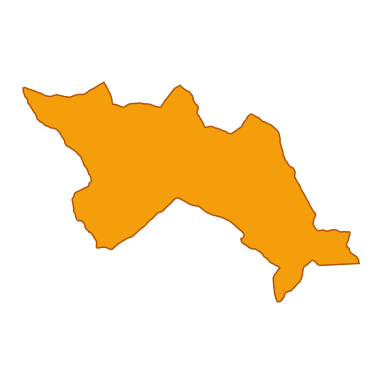 outline of Mumias West, Western, Kenya, rotated 87°
{"feature_id": "3690345B19078543384145", "entity_name": "Mumias West", "entity_type": "district", "adm_level": 2, "iso_a3": "KEN", "parent_name": "Kenya", "parent_adm1": "Western", "projection": "orthographic", "projection_center": [34.444, 0.279], "detail": "fine", "context": "isolated", "style": "filled", "palette": "amber", "viewbox_px": 384, "rotation_deg": 87, "n_neighbors": 0, "source": "geoboundaries", "source_scale": "gbopen_adm2", "svg_char_len": 5978}
<svg xmlns="http://www.w3.org/2000/svg" viewBox="0 0 384 384"><g transform="rotate(87 192 192)"><path d="M243.1,145.3L245.2,144.6L246.8,142.7L247.9,140.9L249.2,139.3L250.5,137.8L251.4,136.2L252.2,134.2L251.9,132.3L252.9,130.7L254.3,128.8L255.1,127.5L256.0,126.5L257.3,125.3L259.0,124.1L260.2,123.5L261.3,122.3L262.2,120.7L263.8,119.6L265.1,118.6L266.6,117.2L267.8,114.8L269.1,113.2L269.8,112.0L270.7,110.1L272.1,108.2L274.2,109.8L278.7,113.6L280.7,114.8L282.5,115.5L284.0,115.4L286.7,115.4L293.6,115.0L297.1,114.8L301.3,114.1L303.2,113.6L304.7,113.1L306.0,112.5L306.2,111.1L305.7,109.4L304.9,108.3L303.5,107.1L301.8,105.6L299.8,105.1L298.5,104.4L297.3,103.4L296.8,101.7L296.1,100.0L295.6,98.0L294.0,96.6L292.5,94.5L290.8,93.0L289.6,92.0L288.6,90.7L287.8,89.5L286.5,88.8L285.4,87.9L281.7,86.4L280.3,86.1L278.3,85.8L276.5,85.4L275.0,85.1L273.9,84.6L272.6,84.1L271.7,83.0L270.9,81.2L269.7,79.5L268.8,78.6L267.4,77.1L266.5,75.6L266.9,74.3L268.1,72.6L271.0,70.2L272.0,68.3L272.1,28.8L270.7,29.1L268.9,29.2L266.4,30.2L265.3,31.1L264.1,32.5L263.3,33.7L262.2,35.2L260.8,36.8L259.7,37.4L258.0,37.7L256.1,38.4L255.1,39.9L252.5,40.7L251.1,39.7L248.8,38.7L247.0,38.1L244.8,37.5L242.9,36.9L241.3,36.3L239.8,37.2L240.1,39.1L239.9,40.4L239.6,41.8L239.6,43.4L239.7,45.0L239.4,46.5L238.7,47.8L237.8,49.3L237.3,51.2L237.2,52.7L237.3,55.5L237.7,56.8L238.1,58.7L237.8,60.7L237.2,62.0L236.8,63.3L237.4,67.1L237.1,68.7L235.4,70.3L233.1,71.6L231.5,72.5L229.9,72.6L228.4,72.3L226.9,72.0L225.5,71.8L224.3,71.2L222.8,70.3L221.4,69.8L219.8,69.9L218.5,71.2L217.2,72.1L212.5,74.5L209.9,75.7L208.3,76.2L205.5,77.7L202.4,79.2L200.0,80.2L197.9,81.4L196.3,82.1L194.7,83.0L193.0,83.5L191.0,84.3L189.6,85.0L187.5,86.3L185.7,87.2L182.1,88.7L179.9,88.5L178.7,88.1L177.3,88.1L175.9,88.5L174.6,89.0L173.3,89.9L172.5,91.3L171.9,92.5L170.8,93.8L168.8,94.7L167.1,95.7L165.5,97.0L163.8,97.5L161.8,98.2L160.1,98.8L156.5,99.3L154.6,99.6L152.1,100.3L150.2,100.7L148.3,101.2L146.9,101.5L145.3,101.3L143.5,101.3L142.2,101.5L138.7,101.9L136.6,102.7L134.0,104.6L131.5,107.1L129.3,109.6L128.4,110.9L127.9,112.5L127.0,113.6L125.8,115.9L125.4,117.8L124.1,118.9L121.4,121.4L120.0,124.5L118.8,126.0L118.0,127.3L117.5,128.5L117.4,129.8L118.9,131.5L120.9,133.4L122.5,134.0L123.5,135.0L124.7,136.2L126.1,137.3L127.6,138.2L129.4,138.7L130.1,140.2L130.8,141.5L132.7,144.4L133.4,145.5L134.5,147.1L135.7,149.4L135.7,151.6L134.7,153.4L133.7,154.8L132.7,156.7L132.0,158.8L131.2,160.3L130.2,162.4L129.6,163.9L129.1,165.9L128.0,167.7L127.4,169.5L127.7,171.3L127.8,172.8L128.0,174.3L128.0,175.8L126.7,176.5L125.1,176.9L123.3,177.6L122.1,178.3L119.6,179.3L118.4,180.3L116.4,181.0L115.1,182.2L113.5,182.8L111.9,182.6L110.2,181.8L108.1,181.3L106.2,181.9L105.1,182.8L103.8,184.2L101.8,185.1L100.1,185.9L98.1,186.0L95.8,186.7L94.7,187.5L93.2,188.5L92.1,189.3L91.3,190.4L90.6,191.9L89.2,193.9L87.5,196.0L86.1,197.3L84.9,198.0L86.3,201.2L86.9,202.4L87.6,203.7L89.1,205.2L91.4,207.3L96.1,211.2L99.6,214.4L104.5,217.9L105.6,218.9L105.4,221.0L105.0,222.8L104.5,224.3L103.1,227.4L102.2,229.6L101.7,232.3L101.6,233.9L101.5,235.1L101.1,237.0L100.6,238.6L100.5,240.3L100.6,242.6L100.5,244.0L100.6,246.3L100.8,249.8L101.4,251.5L102.6,253.5L103.8,255.7L103.5,257.3L101.9,260.8L101.1,262.3L100.6,264.3L100.3,266.4L98.4,267.0L96.6,267.1L92.8,267.6L91.4,268.1L89.7,268.7L88.3,269.3L82.8,271.8L81.2,272.6L79.5,273.5L77.8,274.2L78.6,275.7L79.2,276.9L80.8,280.1L82.4,282.9L83.2,284.2L83.7,285.5L84.3,287.0L85.1,288.6L86.8,291.2L88.1,293.2L88.8,294.5L88.9,296.0L88.7,297.9L88.6,299.9L88.8,301.4L89.2,303.3L89.7,305.2L90.3,307.0L91.0,309.5L90.5,311.9L90.2,313.8L89.8,315.4L89.3,316.7L88.5,319.3L88.2,320.5L87.8,322.1L88.3,324.8L88.9,326.7L89.2,328.4L89.0,329.9L88.5,331.9L87.9,334.1L86.9,335.7L85.9,337.1L85.3,338.4L84.8,340.2L83.9,341.9L83.2,343.2L82.0,346.4L81.2,348.4L80.3,350.4L79.6,351.8L78.9,353.3L79.3,355.2L83.7,355.1L85.7,354.3L87.7,353.8L88.8,353.1L89.7,352.1L91.3,351.6L92.9,351.1L95.1,351.0L96.9,349.2L98.7,348.7L101.2,347.1L104.4,345.5L105.3,344.4L109.3,343.1L110.7,342.8L112.4,341.4L113.7,340.2L114.6,338.5L116.3,336.3L117.6,335.6L118.7,332.8L119.3,331.7L120.5,329.8L120.8,328.0L121.2,326.8L121.6,325.3L122.5,323.8L124.0,322.4L125.8,321.1L127.3,320.2L128.5,319.8L132.1,317.7L133.4,316.7L135.1,316.5L137.4,316.0L139.1,315.0L140.0,313.8L140.4,312.6L141.2,311.5L142.5,309.9L143.6,308.4L144.6,307.1L145.8,305.7L146.8,304.8L148.2,303.8L151.1,301.1L153.3,300.4L154.9,299.8L156.5,299.1L158.3,298.8L160.1,298.1L161.7,296.7L163.7,295.6L165.6,294.9L167.3,294.5L168.8,294.0L169.8,293.2L171.3,292.6L174.3,292.0L175.9,291.9L177.0,293.2L178.1,294.4L179.9,294.6L181.0,295.5L182.4,298.9L182.9,300.1L184.1,302.4L184.7,303.9L185.8,307.0L186.8,308.8L187.7,309.6L189.5,309.8L191.3,310.8L192.5,312.0L194.2,312.0L195.6,311.7L197.0,311.5L203.0,311.0L204.5,311.2L205.9,311.0L207.0,310.0L208.9,309.6L211.0,309.3L212.9,308.9L213.8,308.0L214.8,307.0L214.8,305.7L214.9,304.3L215.8,302.9L217.3,301.8L218.9,300.7L220.9,300.6L222.4,300.3L223.8,299.2L225.0,298.0L226.6,296.9L227.3,295.3L228.7,294.0L230.2,293.4L231.4,292.4L233.0,291.8L234.6,290.8L236.1,290.1L237.7,289.9L239.5,290.1L241.0,290.3L242.6,290.3L243.0,288.0L242.7,286.0L242.5,284.6L242.5,283.0L242.7,281.4L243.3,279.8L244.4,277.9L245.2,276.0L244.9,274.6L241.4,270.3L240.0,268.3L237.8,264.7L237.0,263.0L235.2,260.0L234.6,258.4L233.9,256.0L233.3,253.9L230.6,250.6L228.1,247.7L226.7,245.9L225.5,244.1L223.6,241.4L222.1,239.6L219.6,237.4L217.9,235.3L216.4,233.0L213.0,229.3L211.2,227.5L210.2,224.5L209.8,222.7L204.5,216.8L203.5,215.5L202.7,214.4L200.8,212.3L199.2,211.1L198.1,209.5L197.3,207.8L196.9,206.5L199.0,202.9L200.7,200.0L202.6,197.1L204.2,194.4L205.4,191.4L206.4,187.0L207.0,185.4L209.0,183.2L211.7,180.2L212.9,178.8L215.7,173.2L216.6,171.0L217.0,169.2L218.3,165.1L219.4,162.5L221.0,159.7L222.6,156.4L223.7,155.1L225.0,153.7L226.7,151.8L229.3,149.2L231.8,146.6L233.9,144.4L235.3,143.2L236.9,142.2L238.6,142.3L240.1,143.3L240.8,144.4L241.3,145.7L243.1,145.3Z" fill="#f59e0b" stroke="#b45309" stroke-width="1.5"/></g></svg>